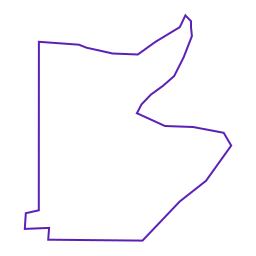 Yeonsu-gu, South Korea (Equal Earth projection)
{"feature_id": "91817680B14745943099772", "entity_name": "Yeonsu-gu", "entity_type": "district", "adm_level": 2, "iso_a3": "KOR", "parent_name": "South Korea", "parent_adm1": "", "projection": "equal_earth", "projection_center": [126.672, 37.385], "detail": "fine", "context": "isolated", "style": "outline", "palette": "violet", "viewbox_px": 256, "rotation_deg": 0, "n_neighbors": 0, "source": "geoboundaries", "source_scale": "gbopen_adm2", "svg_char_len": 508}
<svg xmlns="http://www.w3.org/2000/svg" viewBox="0 0 256 256"><path d="M79.0,44.7L38.9,41.8L38.8,210.3L25.8,213.2L24.8,228.9L49.1,227.9L48.2,239.7L142.5,240.6L179.8,201.4L206.0,180.8L230.9,146.0L231.2,145.6L223.7,132.8L192.9,127.0L164.9,126.0L137.3,113.4L136.9,113.3L141.5,104.4L150.9,94.6L163.0,85.8L174.2,76.0L183.6,57.4L191.9,36.1L191.9,35.9L191.0,27.1L191.0,22.2L191.0,21.2L185.4,15.4L179.8,27.1L155.5,41.8L137.8,54.5L112.6,53.5L86.5,47.7L79.0,44.7Z" fill="none" stroke="#5b21b6" stroke-width="2"/></svg>